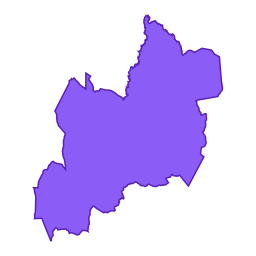 outline of Juaboso, Western, Ghana
{"feature_id": "2480657B56579001772859", "entity_name": "Juaboso", "entity_type": "district", "adm_level": 2, "iso_a3": "GHA", "parent_name": "Ghana", "parent_adm1": "Western", "projection": "equal_earth", "projection_center": [-2.893, 6.431], "detail": "fine", "context": "isolated", "style": "filled", "palette": "violet", "viewbox_px": 256, "rotation_deg": 0, "n_neighbors": 0, "source": "geoboundaries", "source_scale": "gbopen_adm2", "svg_char_len": 5721}
<svg xmlns="http://www.w3.org/2000/svg" viewBox="0 0 256 256"><path d="M88.1,231.6L87.8,230.5L88.2,229.0L87.9,227.6L88.4,226.9L88.4,225.2L89.3,224.2L89.1,220.7L88.7,219.0L89.2,217.2L89.1,216.5L90.1,214.6L89.8,212.3L90.4,210.9L90.3,209.8L93.1,206.1L94.3,206.3L95.1,207.3L97.1,208.8L103.9,212.8L104.8,212.0L107.4,212.7L110.8,210.8L114.4,211.0L115.2,210.2L114.4,207.9L114.7,206.9L115.0,206.5L116.5,206.1L117.0,205.5L118.0,205.4L119.2,202.9L119.0,202.6L119.5,201.9L118.9,200.7L119.0,199.8L120.3,199.5L120.2,198.9L120.9,198.7L121.4,198.0L122.1,198.5L123.0,198.4L123.3,197.9L123.5,198.7L123.8,198.4L123.9,197.9L123.0,196.0L122.9,194.7L122.7,194.2L122.1,194.1L122.1,193.1L121.5,191.5L122.2,190.7L123.6,189.8L123.4,188.4L124.3,187.2L125.2,187.2L125.5,186.7L125.9,186.7L127.4,185.6L127.6,184.8L128.2,184.3L129.6,184.3L130.1,183.5L130.8,183.4L131.0,183.7L133.2,183.4L134.7,181.9L136.9,182.3L137.8,183.4L139.6,184.2L140.4,185.3L141.2,185.7L143.3,185.6L144.8,186.5L146.8,185.9L147.4,185.4L147.5,184.6L148.5,184.2L150.0,184.6L152.9,186.2L155.8,186.6L157.9,185.9L159.0,185.1L161.2,185.5L162.2,185.1L163.2,185.3L163.6,184.8L165.3,184.9L168.5,182.7L165.8,178.6L166.5,178.0L168.2,177.5L170.0,177.3L171.2,175.5L172.3,174.4L173.3,175.6L176.5,176.2L176.9,175.8L177.9,176.2L178.6,175.8L179.0,175.2L179.7,175.3L188.4,186.0L203.9,156.8L200.5,153.9L201.1,149.6L201.6,147.4L204.4,146.4L205.2,145.5L206.1,143.0L205.8,140.4L205.5,139.6L205.6,137.4L204.7,135.1L203.8,134.2L202.6,132.0L203.1,131.9L203.7,130.9L204.1,130.8L204.2,129.7L205.5,126.5L205.7,123.7L205.3,122.0L205.7,120.5L206.4,120.0L206.5,117.7L205.9,115.3L206.3,114.0L205.0,113.7L201.2,115.3L200.8,112.7L199.5,111.3L199.2,110.5L198.7,107.6L196.9,104.9L196.7,101.6L195.8,101.1L196.8,100.2L217.9,96.5L218.2,95.3L218.9,94.2L219.8,93.8L219.7,93.3L222.0,90.5L222.5,88.3L221.4,81.1L219.4,56.8L214.3,54.0L211.6,50.1L202.0,48.3L194.3,52.5L193.4,51.5L192.0,51.2L191.5,50.6L189.8,50.3L188.7,50.6L187.3,51.3L185.4,53.5L184.3,53.9L183.1,55.1L182.4,54.9L181.8,53.4L182.1,52.3L182.1,51.0L181.3,50.7L181.2,47.6L180.9,46.8L180.6,46.8L180.6,45.3L179.4,44.4L179.5,43.2L178.9,41.9L178.2,41.5L177.1,42.0L176.8,41.7L176.7,40.9L175.9,40.8L175.0,39.2L174.5,39.2L174.7,38.5L174.5,38.4L174.6,36.9L174.1,35.6L173.5,35.3L173.4,34.6L172.7,34.1L172.3,35.1L171.7,35.3L171.8,34.3L171.0,34.6L170.3,34.2L168.8,34.3L167.6,32.2L166.9,31.7L166.9,31.2L166.6,31.4L166.3,30.9L165.6,31.0L165.8,29.9L165.6,29.6L163.7,29.6L163.2,29.2L162.8,27.9L162.5,25.2L161.7,25.0L161.5,25.5L160.6,25.4L160.5,24.8L159.6,24.0L158.7,23.9L158.2,24.3L158.0,23.4L156.9,23.1L156.6,22.2L155.9,21.9L155.5,21.0L154.5,21.5L154.2,21.1L154.1,21.4L152.0,21.6L151.1,22.7L150.8,22.5L150.3,23.2L148.8,23.4L148.0,21.6L149.1,20.3L148.8,19.0L149.3,18.6L149.5,18.8L149.9,17.6L149.1,16.8L148.2,17.0L148.2,16.0L147.7,16.4L147.6,15.4L147.0,15.4L146.0,16.1L145.8,15.9L145.5,16.6L144.9,17.0L144.5,18.1L144.5,19.2L144.0,19.5L144.0,20.4L144.3,20.5L144.0,20.9L143.8,22.2L143.9,22.8L144.4,23.3L144.4,24.4L145.0,25.3L144.6,25.9L144.9,26.1L144.9,27.3L145.2,27.5L144.8,27.6L144.8,27.9L145.4,28.6L145.3,30.2L145.5,30.7L144.9,30.8L145.0,31.7L144.2,32.4L144.3,33.1L144.7,32.9L144.4,33.2L144.6,33.6L144.9,33.4L144.9,34.0L146.2,34.8L146.9,36.7L147.4,36.8L146.9,37.7L147.1,38.3L146.6,38.7L146.8,39.9L145.7,40.3L145.7,39.7L145.3,39.8L144.9,40.9L145.0,41.8L144.7,41.7L145.1,42.0L145.0,43.6L144.4,43.4L143.7,44.5L143.3,43.9L143.6,44.9L143.0,44.8L142.5,45.9L141.9,46.5L141.2,45.6L141.0,46.0L141.3,46.4L141.2,46.9L141.8,47.7L141.3,48.9L141.1,48.2L141.0,50.0L140.7,50.2L140.9,50.8L139.9,50.8L139.2,51.3L139.1,52.0L138.8,51.9L139.5,52.7L139.6,54.2L139.8,54.4L139.3,55.0L139.6,55.4L139.1,56.8L138.4,57.1L138.1,56.8L138.0,57.2L138.4,57.6L138.0,58.0L138.1,59.4L139.0,60.2L139.0,60.9L139.3,61.0L139.0,61.7L138.7,61.5L138.5,61.8L139.1,63.0L138.3,63.2L138.4,63.5L137.9,63.2L137.3,63.8L137.2,64.8L136.8,64.6L137.1,65.2L136.3,65.1L136.1,64.6L135.1,64.6L134.7,65.3L134.6,65.9L135.0,66.6L134.7,67.1L133.4,67.1L132.6,68.0L132.4,67.4L131.6,66.8L131.2,67.5L130.9,67.3L130.5,68.5L130.7,69.6L130.0,70.1L129.6,71.1L128.9,71.9L128.6,72.7L129.7,75.0L129.5,76.2L129.0,75.8L128.7,75.9L128.7,76.2L128.3,76.0L128.4,77.2L129.1,79.2L129.6,79.2L129.7,79.9L130.0,79.6L130.0,80.3L129.8,81.2L129.0,81.7L128.1,81.6L128.4,84.0L127.5,84.9L128.2,85.8L128.1,86.2L128.5,87.2L127.8,87.6L127.5,87.2L127.0,87.4L126.5,87.0L126.6,87.9L125.8,89.7L126.1,91.9L126.6,92.6L126.1,93.8L126.9,94.8L127.8,94.9L127.8,95.6L127.1,95.7L125.4,97.1L124.7,97.2L124.7,97.7L124.1,97.9L124.3,98.9L123.2,99.8L122.7,98.5L121.1,96.8L118.0,95.5L115.5,93.2L111.2,90.6L108.5,90.1L105.5,90.0L100.4,88.7L98.7,91.2L96.7,90.8L95.9,91.0L95.0,91.9L94.4,91.2L93.3,90.8L93.0,90.4L93.4,87.8L92.4,84.6L88.7,79.4L90.6,76.2L85.9,73.1L85.8,89.1L85.1,88.7L84.4,87.7L82.8,87.1L79.4,84.3L78.9,83.2L77.8,82.2L77.4,81.4L76.3,80.9L74.9,78.8L74.0,78.0L73.0,79.0L72.0,79.1L71.4,78.6L70.7,80.1L69.6,80.3L69.1,80.9L69.2,82.4L68.9,83.7L54.9,111.0L56.4,113.8L56.9,116.6L56.7,117.9L57.1,121.8L58.2,124.2L58.3,125.3L65.1,133.3L65.1,135.1L64.3,136.8L64.2,138.6L63.5,140.4L63.5,146.8L63.0,147.9L62.5,151.5L63.1,156.2L64.4,159.6L65.4,165.6L65.5,169.4L63.3,166.8L61.9,164.4L55.3,163.0L53.0,161.3L51.1,162.7L50.3,164.3L48.9,165.2L47.5,169.3L44.2,170.0L43.1,171.0L42.9,173.6L41.2,175.9L40.8,177.4L39.8,178.9L38.6,181.6L37.9,187.7L33.5,187.7L34.3,189.1L34.8,193.3L35.4,194.3L35.8,197.1L35.4,212.2L34.6,214.5L34.7,217.5L34.5,218.6L41.8,218.3L50.7,240.6L51.4,240.6L51.3,239.0L51.9,237.2L52.6,235.9L53.2,235.5L52.6,232.0L52.9,231.2L54.6,229.3L55.6,227.8L57.3,228.4L57.8,229.9L61.8,229.2L66.5,229.1L66.9,230.2L68.6,231.0L69.3,233.4L71.2,232.6L74.8,233.8L75.3,234.3L77.8,235.0L79.3,234.2L80.4,232.6L82.7,230.3L86.2,230.7L88.1,231.6Z" fill="#8b5cf6" stroke="#5b21b6" stroke-width="1.5"/></svg>